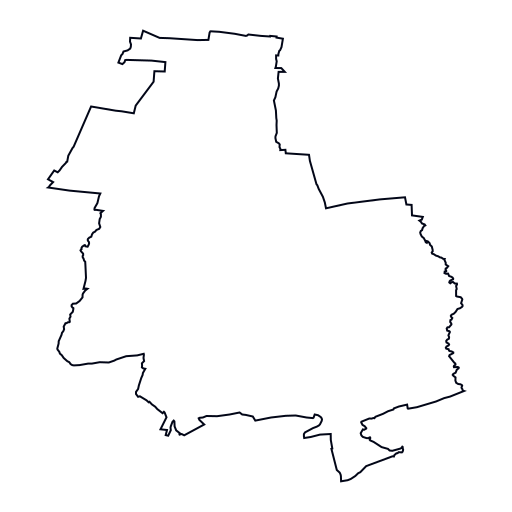 Arcani, Gorj, Romania (Equal Earth projection)
{"feature_id": "2599482B98207441284100", "entity_name": "Arcani", "entity_type": "district", "adm_level": 2, "iso_a3": "ROU", "parent_name": "Romania", "parent_adm1": "Gorj", "projection": "equal_earth", "projection_center": [23.138, 45.073], "detail": "fine", "context": "isolated", "style": "outline", "palette": "ink", "viewbox_px": 512, "rotation_deg": 0, "n_neighbors": 0, "source": "geoboundaries", "source_scale": "gbopen_adm2", "svg_char_len": 5966}
<svg xmlns="http://www.w3.org/2000/svg" viewBox="0 0 512 512"><path d="M456.7,289.0L456.1,286.0L457.0,284.5L456.9,283.6L454.8,283.5L453.0,282.0L451.7,282.2L450.3,283.3L449.3,282.5L449.6,281.3L450.3,280.5L453.1,279.3L453.2,278.6L452.6,277.6L451.4,276.8L449.1,276.0L448.1,273.6L446.1,273.8L444.5,273.1L444.7,271.5L446.2,271.3L446.2,270.6L445.5,269.2L445.7,268.5L446.9,267.9L448.2,266.2L445.7,264.5L445.7,262.7L444.4,259.8L444.7,259.0L443.1,258.8L441.4,257.6L440.0,257.4L438.2,256.3L435.9,255.6L434.0,254.3L432.1,253.6L431.7,252.5L432.7,251.3L432.6,249.7L431.8,246.5L430.0,244.8L429.7,243.3L428.0,241.5L427.2,241.2L426.8,242.8L425.8,242.3L425.4,241.5L425.5,240.7L424.9,240.2L423.8,238.1L421.8,236.5L420.5,233.9L420.2,232.5L420.8,231.0L422.1,230.1L422.6,228.2L424.1,226.0L425.3,225.4L424.6,224.4L422.0,223.5L420.8,221.7L419.4,220.6L421.8,219.6L422.8,216.9L412.0,215.4L411.6,204.9L406.4,204.5L405.0,197.3L379.9,199.4L347.5,203.5L326.0,208.3L324.8,202.4L322.9,196.8L318.7,188.9L317.3,185.2L316.5,184.3L309.9,160.9L309.0,154.8L285.8,153.3L285.4,149.8L280.3,150.1L280.4,148.9L279.5,147.1L279.7,144.4L278.8,143.3L276.2,141.8L275.4,138.0L275.5,136.3L276.8,132.9L276.5,125.0L276.7,120.7L276.3,118.1L275.9,110.5L273.9,100.5L275.4,97.2L276.6,91.5L278.2,88.5L278.9,85.7L278.9,83.6L277.9,78.5L278.6,71.9L284.8,71.9L281.3,68.1L275.4,68.0L275.9,66.4L276.7,61.3L276.1,58.9L276.1,55.4L278.3,55.5L278.4,53.9L279.3,50.8L280.1,50.2L281.5,47.1L282.9,38.7L276.5,37.6L276.6,36.5L270.2,35.9L270.1,36.5L260.9,35.9L248.4,34.5L247.0,35.6L245.8,35.9L234.8,33.8L219.3,31.8L210.7,31.3L210.3,31.4L209.6,32.6L208.4,39.9L197.6,40.1L169.2,38.2L159.6,37.9L143.1,30.7L140.9,38.5L130.2,37.8L130.0,41.6L131.0,44.4L130.8,46.9L130.2,48.6L127.6,50.4L123.5,51.5L122.5,54.0L121.2,55.3L118.4,62.6L122.4,64.1L124.5,62.2L125.2,60.1L126.7,59.9L151.5,60.6L165.4,62.1L164.7,71.5L154.4,71.2L153.6,81.7L135.7,105.6L133.8,113.3L121.7,111.3L115.8,110.7L91.1,106.5L73.6,146.8L72.6,147.9L68.3,155.7L67.2,161.7L66.4,161.9L65.9,162.9L62.1,166.8L59.6,170.4L57.7,172.3L54.2,170.5L48.0,179.3L53.1,182.1L49.9,185.4L48.9,187.0L48.2,187.5L69.5,190.6L100.3,193.5L99.0,196.3L97.4,203.1L94.6,208.0L94.4,209.4L94.6,209.9L96.6,209.9L103.0,210.9L100.4,213.2L100.9,214.2L100.9,216.8L99.7,219.1L99.1,223.3L100.3,227.0L99.2,228.8L96.4,230.0L95.1,231.6L93.2,232.6L92.0,234.4L91.3,236.7L89.3,237.6L87.9,239.0L87.7,240.0L88.1,241.0L88.9,242.0L89.1,243.1L88.8,244.5L87.6,246.7L85.4,246.3L84.9,245.1L84.5,245.1L82.2,246.7L81.4,248.2L81.6,249.1L80.5,250.3L81.0,251.3L83.1,253.6L83.2,255.1L82.6,256.1L82.8,257.6L83.5,258.4L84.1,260.6L85.2,261.7L85.4,264.9L86.0,277.8L85.5,280.9L83.5,288.8L85.7,288.5L87.4,288.8L85.2,290.5L83.0,293.5L82.6,294.6L82.5,297.4L79.6,301.0L76.2,303.5L72.9,303.7L71.6,305.1L71.6,306.4L72.5,307.6L73.3,308.0L73.4,308.7L72.8,311.8L70.2,314.5L70.5,316.7L69.4,318.6L69.8,321.8L69.4,322.2L67.8,322.3L66.5,323.2L65.5,323.2L63.7,326.6L64.1,329.2L63.3,331.2L62.0,332.8L61.5,334.9L58.7,341.2L58.6,343.6L57.3,348.5L57.5,349.5L59.3,351.8L59.9,353.6L61.8,355.2L63.7,358.0L67.3,361.2L69.3,362.2L70.6,364.1L72.2,365.1L73.9,365.4L79.5,365.1L88.1,363.6L91.9,363.6L99.7,362.2L108.8,362.5L114.3,360.6L116.3,359.5L126.2,356.2L137.2,355.4L143.7,353.8L143.9,354.8L143.5,358.0L144.1,361.1L141.9,363.3L142.1,365.5L141.9,367.4L143.3,368.4L145.3,368.8L142.9,373.0L142.6,375.0L141.3,377.9L138.9,385.3L138.1,389.0L136.0,391.9L136.0,394.0L138.1,396.8L139.9,396.3L146.5,400.3L148.7,402.3L149.5,401.8L151.9,404.4L155.2,406.7L157.3,409.1L162.6,413.2L163.9,411.8L164.6,412.5L166.5,417.3L160.5,429.3L167.0,430.0L165.7,435.1L168.2,435.7L170.8,430.2L170.5,427.7L170.8,426.3L172.5,421.8L173.7,420.6L174.4,421.4L174.6,426.4L176.2,430.4L179.8,433.2L179.4,434.1L179.6,434.6L181.6,434.0L184.2,435.3L204.2,424.5L199.4,419.9L198.7,418.3L199.6,417.8L202.9,417.5L206.5,416.0L217.1,416.2L229.6,414.5L239.6,412.5L242.2,414.5L245.7,414.9L252.8,416.5L255.3,420.6L271.0,417.5L285.8,415.8L295.7,415.5L306.6,417.5L312.9,418.1L313.6,417.6L314.7,414.5L318.0,415.2L320.7,417.0L321.6,418.2L322.0,419.4L321.7,420.9L320.0,424.3L319.0,425.4L316.9,426.6L313.0,428.1L305.0,432.4L303.9,434.1L303.9,436.2L304.2,438.0L310.7,437.0L320.0,434.6L330.7,434.0L330.8,440.0L332.3,448.5L331.4,448.8L336.8,470.0L339.7,472.6L340.6,474.6L340.9,476.1L341.1,481.3L347.7,480.2L350.7,479.0L355.3,476.0L358.2,473.2L360.3,472.2L366.2,466.1L392.5,456.3L393.9,456.5L394.3,455.2L396.4,453.3L397.5,453.2L398.7,452.2L401.9,452.4L402.5,451.8L403.0,450.6L403.1,449.4L402.7,448.4L402.7,447.0L402.3,446.7L401.3,448.1L400.3,448.6L392.3,450.8L389.6,450.5L388.0,448.9L381.6,447.1L373.6,441.9L370.2,440.4L369.7,439.8L370.3,438.0L370.1,437.4L369.5,437.4L368.5,438.1L366.5,438.1L362.8,436.9L361.4,435.4L360.7,433.2L362.9,429.4L364.0,429.8L366.2,428.6L366.3,428.2L364.7,426.2L362.5,424.9L361.2,422.4L361.4,421.7L369.3,418.5L371.6,418.6L373.4,418.0L374.4,418.2L375.4,416.8L383.1,413.8L388.1,411.2L393.4,409.5L393.9,408.4L398.9,406.5L407.1,404.6L407.7,408.4L408.1,408.7L416.9,407.2L436.0,401.5L444.2,398.1L450.0,396.6L464.0,391.0L462.8,390.6L462.3,389.0L461.7,388.2L461.5,387.4L462.2,385.7L461.9,385.1L460.5,384.3L458.2,384.0L456.2,382.8L455.4,380.6L455.5,377.4L453.6,376.0L452.7,374.9L453.3,373.9L455.6,372.7L456.8,369.7L458.5,368.4L458.8,367.8L458.5,367.3L457.7,367.0L454.0,367.2L453.8,366.5L454.1,365.7L455.5,364.7L455.3,363.5L454.2,362.6L449.1,356.2L449.6,355.0L452.8,353.4L453.3,353.0L453.3,352.4L451.6,351.4L449.8,351.1L449.0,350.6L448.6,349.2L446.3,348.7L445.8,347.8L446.5,346.5L448.5,345.5L449.1,344.6L448.6,343.6L446.5,342.5L446.2,341.0L447.1,339.7L448.9,338.7L449.1,337.1L448.4,335.3L449.9,332.0L449.4,331.2L447.2,330.6L446.7,328.5L447.5,327.3L449.0,327.3L451.4,324.5L451.3,323.5L450.2,322.0L450.4,320.1L451.5,319.6L452.3,318.0L451.2,316.9L450.8,315.9L451.0,315.5L451.6,314.7L453.8,313.7L455.6,311.9L457.5,309.0L460.1,308.2L462.1,306.8L462.6,306.0L462.5,305.0L461.1,303.2L462.3,299.5L462.1,298.8L460.7,297.2L456.9,296.5L456.1,296.0L456.1,290.2L456.7,289.0Z" fill="none" stroke="#020617" stroke-width="2"/></svg>